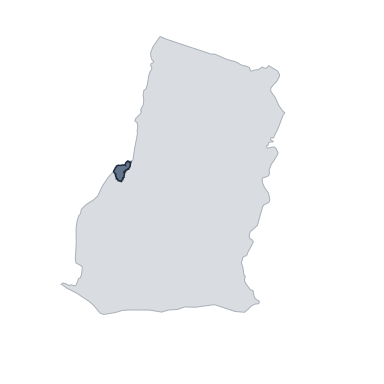 Jaman North, Brong Ahafo, Ghana (highlighted), rotated 19°
{"feature_id": "2480657B44306962794399", "entity_name": "Jaman North", "entity_type": "district", "adm_level": 2, "iso_a3": "GHA", "parent_name": "Ghana", "parent_adm1": "Brong Ahafo", "projection": "albers", "projection_center": [-2.617, 7.913], "detail": "fine", "context": "in_parent", "style": "filled", "palette": "slate", "viewbox_px": 384, "rotation_deg": 19, "n_neighbors": 0, "source": "geoboundaries", "source_scale": "gbopen_adm2", "svg_char_len": 5516}
<svg xmlns="http://www.w3.org/2000/svg" viewBox="0 0 384 384"><g transform="rotate(19 192 192)"><path d="M233.7,49.8L236.5,52.5L237.1,54.0L236.1,59.9L234.1,64.0L232.8,67.8L233.0,69.7L234.3,71.6L238.6,74.6L240.8,76.5L243.5,79.5L246.5,82.4L251.7,86.1L253.8,86.7L253.8,87.8L253.1,89.2L252.7,103.3L252.3,106.9L251.9,108.7L251.5,114.0L251.0,114.7L250.0,114.7L249.1,114.9L248.9,115.9L249.3,117.0L252.4,117.8L251.7,118.6L249.4,119.3L248.3,120.9L248.8,122.7L247.5,124.1L247.9,125.1L248.7,125.8L250.0,125.5L253.7,123.1L255.2,122.8L257.1,123.3L260.6,127.0L260.7,128.8L259.4,135.0L258.0,139.8L257.8,146.1L259.3,149.7L259.1,151.6L257.5,153.4L254.0,155.8L254.3,157.5L255.9,160.6L259.0,164.1L264.9,168.4L268.1,174.0L268.2,176.2L266.4,178.6L264.3,180.5L263.6,183.4L264.7,202.3L260.1,210.5L260.0,212.8L260.5,215.5L261.8,217.1L264.2,217.6L266.2,219.1L265.5,224.9L264.5,230.7L264.4,233.6L263.8,234.9L262.0,236.0L261.3,237.9L261.8,240.2L261.4,241.8L262.5,244.0L264.6,246.7L268.1,253.4L269.5,254.0L270.1,255.4L269.7,256.8L271.1,259.7L274.9,262.7L279.0,265.3L282.2,265.6L283.0,267.9L285.2,270.9L286.7,272.2L289.2,273.0L291.3,273.4L291.4,275.9L287.7,277.7L285.3,280.3L283.4,284.2L280.8,288.6L271.8,290.9L268.4,291.0L249.9,291.2L232.6,299.9L222.6,303.0L216.5,307.8L208.2,311.2L202.5,315.4L190.5,317.4L170.9,324.0L164.7,326.6L158.5,331.1L148.4,336.5L144.4,336.4L136.5,331.5L130.5,329.0L115.9,325.2L105.1,323.7L99.8,322.1L98.4,321.8L99.6,320.0L102.6,319.9L105.8,320.4L108.2,319.1L111.8,318.9L112.7,317.5L113.0,313.9L112.9,311.0L114.2,309.7L114.5,306.3L112.8,298.8L111.5,297.9L105.2,296.8L104.7,295.3L103.6,293.7L102.4,289.8L101.0,284.1L98.8,276.9L94.5,265.0L93.5,260.8L92.8,256.6L92.6,251.5L93.5,249.6L93.4,246.9L93.0,244.3L96.0,238.3L101.9,230.9L103.1,228.3L104.2,226.4L104.4,223.8L105.4,215.1L108.2,204.8L110.0,200.8L111.2,198.7L112.6,195.2L113.0,193.6L118.4,189.6L120.9,188.5L121.4,186.8L120.6,185.1L120.9,183.9L122.2,183.3L124.2,182.8L125.7,181.1L123.4,168.3L121.6,155.5L121.4,154.5L120.4,152.7L119.3,147.4L117.5,144.3L114.9,143.4L114.9,140.5L117.5,135.6L118.2,132.7L116.9,131.9L116.8,129.6L117.6,126.0L117.2,123.8L116.7,121.4L114.1,115.8L113.4,111.8L114.8,109.5L114.8,104.4L113.3,96.6L113.1,91.7L114.1,89.6L113.6,87.7L111.7,85.8L111.5,84.0L113.2,82.3L113.0,80.9L110.9,79.9L109.1,77.5L107.5,73.7L107.8,67.6L110.9,56.3L111.3,55.4L114.7,55.5L114.7,55.9L125.5,55.8L137.8,55.7L152.5,55.5L165.8,55.4L166.4,54.9L168.6,54.2L182.1,55.3L190.5,54.7L194.1,55.1L196.7,55.9L202.5,55.4L205.6,55.6L208.0,58.4L208.9,58.4L210.2,57.2L212.6,55.8L214.9,54.7L216.6,52.5L217.6,50.9L219.2,51.2L221.4,51.1L222.8,49.7L223.4,47.5L233.7,49.8Z" fill="#d9dde1" stroke="#a8b0b8" stroke-width="1"/><path d="M122.0,205.0L122.0,204.9L121.9,204.8L121.8,204.5L121.8,204.2L121.9,203.9L121.9,203.7L122.0,203.5L122.2,203.3L122.4,203.1L122.5,203.0L122.4,202.8L122.1,202.6L122.2,202.1L122.3,202.1L122.5,201.9L122.5,201.7L122.4,201.6L122.0,201.3L122.1,201.2L122.4,201.0L122.4,200.9L122.6,200.8L122.7,200.6L122.7,200.4L122.7,200.2L122.7,199.9L122.8,199.9L122.5,199.1L122.6,198.8L122.5,198.7L122.4,198.4L122.3,198.2L122.4,197.8L122.3,197.6L122.3,197.3L122.2,197.1L122.2,196.9L122.1,196.7L121.7,196.3L121.7,196.1L121.8,196.0L121.6,195.9L121.8,195.7L121.7,195.7L121.6,195.4L121.5,195.1L121.4,195.1L121.2,195.0L121.1,194.9L121.1,194.7L121.3,194.4L121.5,194.3L122.0,194.2L122.3,194.1L122.6,193.6L122.5,193.4L122.4,193.2L122.4,192.9L122.4,192.6L122.5,192.5L122.9,192.5L123.1,192.5L123.2,192.4L123.3,192.4L123.4,192.2L123.4,191.9L123.5,191.7L123.7,191.4L123.8,191.3L124.0,191.3L124.3,191.2L124.2,191.1L124.1,190.9L124.0,190.7L124.3,190.6L124.5,190.5L124.5,190.4L124.7,190.1L124.7,189.7L124.8,189.3L124.8,189.2L125.2,188.1L125.2,187.9L125.0,187.5L124.9,187.4L124.9,187.2L124.8,186.9L124.7,186.8L124.7,186.7L124.8,186.4L124.8,186.1L124.7,185.9L124.5,185.6L124.4,185.6L124.3,185.4L124.3,185.1L124.5,184.9L124.5,184.7L124.5,184.4L124.6,184.1L124.6,183.9L124.4,183.9L124.4,184.0L124.2,184.0L124.2,183.9L124.1,184.0L123.9,184.0L123.7,184.0L123.5,183.9L123.4,183.9L123.3,184.0L123.2,184.0L123.2,183.9L122.9,183.9L122.8,184.0L122.7,184.0L122.4,184.0L122.4,183.9L122.2,183.8L121.9,183.7L121.7,183.7L121.4,183.6L121.1,183.7L121.1,183.8L120.9,184.1L120.8,184.3L120.6,184.6L120.5,184.8L120.3,184.9L120.2,185.2L120.2,185.3L120.1,185.6L120.0,186.0L119.9,186.4L119.9,186.9L119.8,187.5L119.9,187.9L120.1,188.2L119.8,188.1L119.1,188.7L118.7,188.7L117.4,189.2L117.2,189.2L116.4,189.8L114.7,190.5L114.4,190.5L113.8,190.7L113.3,190.9L112.9,191.3L112.4,191.8L112.1,192.1L112.1,192.4L112.1,192.9L112.1,193.3L111.7,194.2L111.5,194.5L111.6,194.8L111.6,195.3L111.5,195.8L111.4,196.5L111.1,197.4L111.1,197.5L111.2,198.1L111.3,198.1L111.3,198.4L111.5,198.6L111.8,198.8L112.0,199.0L112.3,199.2L112.6,199.2L112.7,199.3L112.8,199.3L113.1,199.5L113.3,199.6L113.4,199.8L113.5,199.9L114.0,199.8L114.2,200.0L114.1,200.3L114.2,200.5L114.1,200.9L114.1,201.0L114.3,201.1L114.6,201.3L114.5,201.5L114.7,201.8L114.9,201.9L115.0,202.0L115.2,202.3L115.3,202.3L115.5,202.5L115.8,202.7L115.8,202.8L115.8,203.0L116.0,203.2L115.9,203.2L116.0,203.3L116.3,203.4L116.3,203.5L116.5,203.6L116.5,203.8L116.8,203.9L116.8,204.0L116.7,204.1L116.8,204.1L117.0,204.2L117.0,204.3L117.3,204.3L117.5,204.2L117.7,204.3L117.8,204.3L118.0,204.4L118.1,204.5L118.3,204.8L118.4,205.0L118.4,205.3L118.6,205.3L118.7,205.2L118.8,205.3L119.1,205.2L119.3,205.2L119.5,205.1L119.8,205.2L120.1,205.2L120.3,205.1L120.5,205.2L120.9,205.1L121.0,205.2L121.4,205.1L121.5,205.1L122.0,205.0L122.0,205.0Z" fill="#64748b" stroke="#1e293b" stroke-width="1.5"/></g></svg>